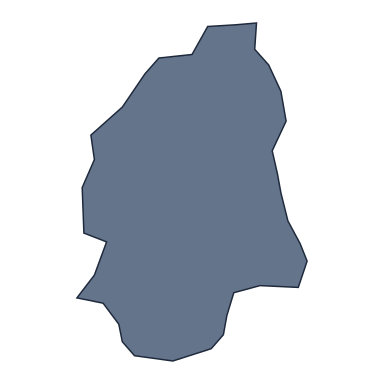 Latsia, Nicosia, Cyprus (Albers equal-area conic projection)
{"feature_id": "46923920B51711954160874", "entity_name": "Latsia", "entity_type": "district", "adm_level": 2, "iso_a3": "CYP", "parent_name": "Cyprus", "parent_adm1": "Nicosia", "projection": "albers", "projection_center": [33.376, 35.094], "detail": "fine", "context": "isolated", "style": "filled", "palette": "slate", "viewbox_px": 384, "rotation_deg": 0, "n_neighbors": 0, "source": "geoboundaries", "source_scale": "gbopen_adm2", "svg_char_len": 560}
<svg xmlns="http://www.w3.org/2000/svg" viewBox="0 0 384 384"><path d="M90.9,135.1L94.4,159.6L82.2,187.6L83.9,233.1L106.6,241.9L94.4,275.1L76.9,297.9L103.1,303.2L118.8,324.2L122.3,341.7L134.5,355.7L149.8,357.8L172.8,361.0L211.2,348.7L223.4,334.7L226.9,315.4L233.8,292.7L260.0,285.6L298.3,287.4L307.1,261.1L300.1,243.6L287.9,220.9L280.9,192.8L277.4,173.6L272.2,150.8L286.1,121.1L280.9,91.3L268.7,65.0L254.7,49.3L256.5,23.0L235.6,24.8L207.7,26.5L192.0,54.5L158.9,58.0L145.0,73.8L122.3,107.1L90.9,135.1Z" fill="#64748b" stroke="#1e293b" stroke-width="1.5"/></svg>